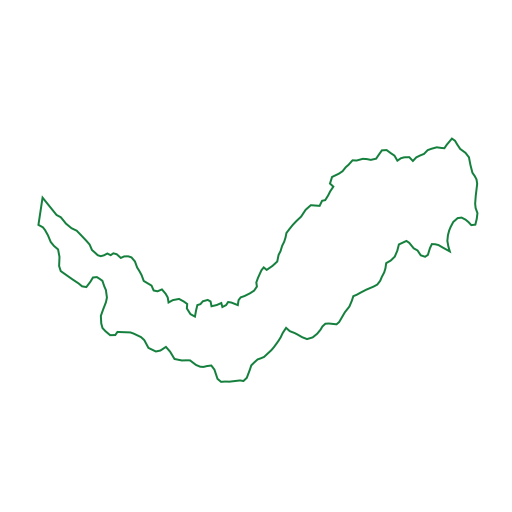 the district of Castelândia, Goiás, Brazil, rotated 3°
{"feature_id": "56859067B13965463256394", "entity_name": "Castelândia", "entity_type": "district", "adm_level": 2, "iso_a3": "BRA", "parent_name": "Brazil", "parent_adm1": "Goiás", "projection": "equal_earth", "projection_center": [-50.36, -18.152], "detail": "fine", "context": "isolated", "style": "outline", "palette": "green", "viewbox_px": 512, "rotation_deg": 3, "n_neighbors": 0, "source": "geoboundaries", "source_scale": "gbopen_adm2", "svg_char_len": 3302}
<svg xmlns="http://www.w3.org/2000/svg" viewBox="0 0 512 512"><g transform="rotate(3 256 256)"><path d="M473.4,213.2L474.5,207.3L474.9,201.6L472.8,196.6L472.1,192.2L472.3,184.2L473.1,172.3L472.2,168.0L470.3,164.8L467.8,161.6L465.4,154.0L463.5,146.3L459.8,142.0L454.3,138.4L451.1,134.1L448.7,130.5L445.5,128.5L443.1,131.7L440.6,135.0L438.5,138.5L435.5,138.4L430.8,138.0L425.4,139.8L421.9,141.3L418.4,145.3L414.9,146.9L410.9,149.1L407.7,152.9L403.9,149.3L398.8,149.7L395.6,150.8L392.2,153.4L389.0,148.5L385.3,146.3L380.9,143.4L376.2,143.9L373.1,148.8L370.9,152.5L365.6,154.0L361.5,153.4L357.5,153.4L351.4,155.4L347.4,155.4L343.6,160.1L341.0,162.6L338.0,166.8L334.4,169.5L327.8,173.1L326.1,179.8L329.6,182.7L326.7,187.6L324.8,191.9L322.2,196.6L319.1,197.4L316.9,202.6L308.1,202.4L303.1,207.3L299.0,214.3L294.6,218.9L291.1,223.0L288.0,227.3L285.2,231.4L284.5,236.0L283.4,240.3L281.6,244.4L280.2,250.0L278.5,253.7L277.5,260.4L273.0,265.0L267.4,269.3L264.3,267.0L262.2,269.9L260.7,273.7L259.1,277.8L257.7,282.4L258.5,286.5L255.9,290.7L251.9,293.6L246.6,296.6L242.9,298.1L240.9,301.0L240.4,306.0L233.9,303.8L230.6,303.4L228.7,306.6L225.1,308.7L223.8,304.8L219.4,307.0L214.2,308.5L213.0,303.8L210.1,302.4L205.3,304.0L203.0,307.0L200.0,308.1L199.0,313.5L198.2,319.7L193.6,317.5L189.7,312.0L189.8,307.5L186.4,305.3L181.4,302.9L175.3,304.4L171.1,307.0L170.0,302.0L167.7,298.4L163.8,294.3L159.5,296.4L155.6,295.8L153.2,291.0L148.6,288.6L145.2,286.8L142.7,281.0L140.3,277.1L137.9,273.7L135.4,267.8L131.7,263.9L128.4,263.0L124.4,263.3L121.1,265.0L116.8,261.5L113.4,260.8L110.8,262.8L107.4,261.3L104.1,263.3L100.9,264.3L97.9,263.5L95.3,261.3L91.9,258.6L89.2,253.2L85.5,249.4L79.7,243.9L75.6,240.1L70.3,237.9L64.5,233.6L62.2,231.0L59.0,227.5L54.7,225.5L39.8,208.9L37.1,236.3L41.7,238.5L44.0,241.2L47.2,246.3L50.3,252.8L53.7,256.5L58.0,259.8L59.8,267.2L59.9,276.3L61.8,281.3L73.7,288.8L80.3,292.7L83.9,295.4L88.2,295.9L91.9,290.5L94.3,286.0L98.2,285.4L100.9,286.9L103.9,288.8L106.1,294.3L107.9,297.9L109.3,305.3L108.6,309.9L106.2,317.2L104.2,323.9L105.0,331.5L106.5,336.0L109.5,338.9L114.5,342.7L119.6,342.3L121.6,339.1L134.6,338.9L137.9,339.9L145.4,343.0L148.8,345.8L153.4,353.4L161.0,356.6L165.5,355.4L170.8,351.5L175.2,356.0L180.0,363.1L187.4,364.2L192.2,363.8L195.6,363.7L201.7,367.9L206.1,369.5L209.5,369.5L212.7,368.5L217.1,367.7L220.4,371.6L224.0,380.7L227.7,383.5L231.7,383.0L236.0,382.9L246.6,381.1L250.0,381.5L253.2,378.1L255.9,369.6L257.0,365.5L259.8,362.4L263.0,359.2L266.2,357.9L269.3,356.4L272.3,353.3L276.2,349.3L278.6,346.2L282.8,339.7L284.9,335.9L286.7,331.5L289.8,326.2L293.7,329.3L298.6,330.9L301.7,332.3L306.4,334.7L311.3,336.3L316.9,334.3L321.2,330.4L324.3,326.2L326.0,322.9L328.8,320.0L332.3,319.6L340.0,320.0L342.5,317.6L347.7,307.5L351.9,301.6L354.1,295.5L355.3,291.0L358.5,289.5L362.7,286.9L367.8,283.9L375.0,280.4L378.6,278.2L381.3,274.3L382.7,270.4L384.9,265.6L385.9,261.5L386.4,256.3L390.8,253.5L394.6,249.4L396.8,243.4L398.1,237.0L405.4,233.1L408.3,234.8L413.1,240.1L417.0,242.0L420.5,246.7L424.9,247.9L427.6,245.9L429.3,239.0L431.0,234.9L434.4,234.9L437.6,235.5L442.3,237.9L449.3,241.3L447.6,236.4L446.3,230.9L446.6,225.1L447.6,220.3L448.9,216.7L451.2,211.7L455.4,207.6L459.3,206.9L463.3,208.7L466.4,211.0L469.4,213.9L473.4,213.2Z" fill="none" stroke="#15803d" stroke-width="2"/></g></svg>